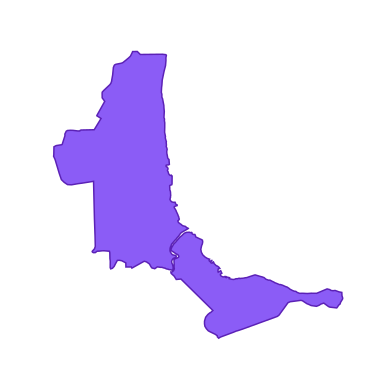 the district of Luganville, Sanma, Vanuatu, rotated 260°
{"feature_id": "77236927B85216783558225", "entity_name": "Luganville", "entity_type": "district", "adm_level": 2, "iso_a3": "VUT", "parent_name": "Vanuatu", "parent_adm1": "Sanma", "projection": "albers", "projection_center": [167.173, -15.521], "detail": "fine", "context": "isolated", "style": "filled", "palette": "violet", "viewbox_px": 384, "rotation_deg": 260, "n_neighbors": 0, "source": "geoboundaries", "source_scale": "gbopen_adm2", "svg_char_len": 5728}
<svg xmlns="http://www.w3.org/2000/svg" viewBox="0 0 384 384"><g transform="rotate(260 192 192)"><path d="M120.0,155.3L119.6,155.8L119.2,157.3L118.5,158.7L118.7,159.4L119.2,159.9L121.3,160.4L124.4,160.2L125.3,159.8L127.2,159.9L128.4,160.5L129.7,161.9L130.0,162.6L130.1,163.2L130.4,164.2L131.0,165.2L131.8,165.3L132.2,165.1L133.1,162.9L133.7,161.8L134.5,161.2L136.6,160.3L137.9,160.1L140.2,160.6L141.4,161.1L142.8,162.1L144.2,162.8L147.4,166.8L147.6,167.0L148.0,167.7L149.8,169.7L150.6,170.8L153.2,173.5L153.9,174.5L154.9,177.2L156.4,181.3L156.7,182.0L157.2,181.7L157.6,180.9L158.1,180.3L158.7,180.0L159.2,179.6L160.4,177.0L161.0,176.4L162.0,175.7L162.5,175.0L163.4,174.3L163.8,173.8L164.3,173.4L164.9,173.2L165.1,173.2L165.4,173.1L166.1,173.1L166.7,174.1L167.0,174.5L167.6,174.8L168.5,174.6L169.9,174.6L170.8,174.3L172.2,174.1L173.7,173.7L175.5,173.2L176.3,173.1L178.1,172.5L179.3,171.9L180.3,171.8L180.9,172.8L181.2,175.0L181.8,175.1L181.9,174.5L182.3,174.4L182.7,174.1L183.5,173.7L183.8,173.8L184.0,173.8L184.5,173.6L184.9,173.5L185.0,172.4L185.2,171.6L185.8,170.4L186.1,170.1L186.8,169.6L187.4,169.3L188.6,169.0L189.0,169.3L189.7,169.4L190.4,169.9L191.1,170.0L192.6,170.5L193.2,170.5L195.6,170.8L196.9,170.8L197.5,170.5L198.1,170.5L198.4,170.6L202.1,171.1L202.5,171.8L202.5,172.3L202.7,173.4L203.7,173.8L211.2,175.2L211.4,174.6L212.2,174.5L212.2,173.3L212.9,172.7L214.0,172.2L215.3,172.0L216.0,172.0L217.2,171.5L217.6,171.6L218.9,172.4L219.6,172.4L220.8,172.0L221.0,171.5L221.3,171.2L221.6,171.0L222.3,171.0L222.9,171.3L222.9,172.7L222.8,173.7L223.1,174.5L228.1,175.0L228.5,174.5L229.7,174.0L233.2,174.0L233.7,173.9L236.0,174.1L237.0,174.4L238.2,174.9L239.4,174.9L241.3,174.5L242.4,174.9L243.8,175.1L245.0,175.1L245.9,175.5L248.4,175.2L250.0,175.1L251.3,175.5L255.6,175.4L260.5,176.4L264.9,177.2L267.0,177.2L268.7,177.6L270.2,177.3L276.1,178.7L279.9,179.0L282.1,179.3L289.1,179.2L290.5,178.8L293.5,179.3L295.5,179.1L300.2,180.2L302.8,181.0L307.3,182.1L315.6,185.4L321.1,187.9L326.1,189.2L328.7,189.6L331.1,190.5L331.8,190.1L332.8,186.8L336.4,165.0L339.9,162.5L340.6,157.9L339.5,157.2L336.4,154.9L334.9,152.6L331.6,146.7L331.3,145.9L331.1,144.5L331.0,139.2L330.6,137.9L330.2,137.4L328.3,136.2L321.1,134.2L315.6,132.2L315.3,132.2L313.2,131.0L312.0,129.8L307.4,122.8L305.9,120.9L304.7,120.6L300.3,119.9L296.4,121.8L284.0,111.7L283.6,111.5L280.2,115.2L270.3,106.5L272.3,93.5L272.1,92.6L271.6,92.1L271.9,90.3L273.4,85.4L273.9,82.9L274.2,80.0L273.7,78.7L271.2,76.9L269.4,76.6L261.6,72.5L261.2,72.0L261.3,66.3L260.5,63.9L252.4,62.3L251.3,61.9L247.8,62.8L233.3,64.5L226.9,65.5L223.7,67.8L220.9,70.7L220.0,74.6L220.0,80.9L219.8,85.7L219.6,96.9L182.8,91.3L165.7,88.9L155.2,87.3L153.0,86.1L150.9,83.4L150.1,83.5L149.4,84.3L149.1,86.3L150.1,88.1L150.1,89.2L149.9,89.9L149.7,93.2L149.4,95.2L148.0,100.4L146.4,100.5L140.5,99.6L138.2,99.5L131.7,98.3L130.4,98.6L130.7,100.4L132.2,102.4L134.5,104.1L137.6,106.6L137.4,108.5L136.5,110.9L133.7,114.5L129.6,113.9L128.7,119.2L127.5,119.6L132.1,132.9L131.1,135.0L128.5,137.6L126.4,138.3L124.4,139.1L123.6,140.4L123.3,141.4L122.9,142.0L124.3,144.9L123.3,147.8L123.0,149.4L122.3,150.6L121.5,152.5L120.8,153.2L120.0,155.3ZM52.7,314.4L53.5,315.3L55.1,316.8L56.0,318.4L57.6,319.2L60.3,321.6L61.3,322.0L63.9,321.7L67.1,322.1L68.1,319.5L70.2,315.8L70.3,313.6L71.1,311.5L71.9,310.9L73.1,308.2L70.6,297.2L71.6,291.8L72.0,288.0L73.1,283.2L73.5,280.4L74.8,278.2L76.1,277.0L76.6,275.4L77.6,273.8L79.4,271.5L80.3,270.8L81.9,269.1L82.5,267.9L83.8,266.0L84.5,265.0L85.0,264.0L85.5,263.0L85.6,262.1L87.3,259.5L88.4,257.6L89.0,257.1L90.3,255.2L91.2,254.1L91.7,253.4L91.9,252.0L93.4,249.5L94.5,248.7L95.2,248.1L96.3,246.2L96.9,244.8L99.3,240.0L99.4,239.2L98.5,232.9L98.3,231.8L98.2,230.9L98.3,229.5L98.3,229.1L98.2,228.5L98.3,226.3L98.5,225.2L98.4,224.2L98.9,223.5L98.7,221.4L99.0,220.3L98.7,219.2L98.6,217.9L99.1,216.1L100.2,213.6L101.1,214.1L102.4,211.1L101.8,210.9L102.0,210.4L102.8,210.7L103.1,209.8L102.8,209.6L102.8,208.8L103.2,207.4L103.7,206.7L104.3,206.0L105.1,205.6L105.8,205.6L106.3,206.0L106.8,207.3L109.5,206.6L108.5,203.9L109.1,203.8L109.7,203.8L111.7,204.5L111.9,206.1L113.3,205.4L114.2,204.6L114.9,203.8L115.1,203.2L117.7,201.3L118.9,201.2L119.5,200.9L119.4,200.4L118.6,199.8L118.5,199.2L118.8,198.6L119.2,198.3L119.7,198.3L121.1,199.5L121.2,199.0L120.2,197.8L120.8,197.2L121.5,197.0L122.2,197.1L122.8,197.6L123.5,196.3L124.2,195.2L125.9,193.4L126.2,193.1L126.7,192.9L127.3,192.3L128.3,191.7L128.9,191.4L129.6,191.3L130.2,191.0L131.1,190.8L132.1,190.7L133.2,190.8L133.7,190.6L137.6,192.2L139.1,193.2L140.0,193.5L141.0,193.9L142.8,193.9L143.9,192.6L144.4,191.7L147.2,187.8L148.8,187.8L149.7,187.4L149.8,186.5L150.1,185.7L150.7,185.0L151.2,184.8L151.6,184.9L152.1,184.8L152.3,184.5L152.3,183.2L153.0,182.1L152.9,181.3L153.2,180.0L153.1,178.9L152.8,177.5L152.0,176.1L150.8,174.4L149.8,172.5L147.3,169.4L146.4,168.3L146.1,167.9L145.7,167.5L143.7,164.7L142.1,163.5L141.1,162.5L139.0,161.3L138.4,161.3L137.3,161.9L136.2,163.3L134.3,165.1L133.6,165.9L132.9,167.0L132.2,167.4L131.2,167.8L130.5,167.8L130.0,167.2L129.7,166.4L129.1,163.5L128.7,162.8L127.8,162.4L124.0,161.9L121.0,161.3L119.6,161.3L118.7,160.9L117.6,160.0L116.7,158.3L116.9,157.3L115.9,157.3L115.4,157.4L112.1,159.9L108.6,161.3L108.2,166.0L71.7,192.0L70.0,189.3L69.9,188.6L68.6,186.3L66.3,183.7L62.7,181.9L59.9,181.4L57.4,181.4L54.9,182.4L52.5,183.9L51.2,185.5L47.9,190.1L46.1,191.9L45.0,191.8L43.4,192.9L44.2,194.9L46.7,208.5L47.5,212.1L47.4,212.4L48.2,217.9L51.4,236.0L54.7,254.6L55.9,256.7L57.0,257.7L61.7,262.6L66.3,267.3L66.9,269.7L66.8,271.2L66.4,280.2L65.9,281.7L62.1,285.7L60.8,287.8L59.5,289.6L57.8,294.8L58.5,297.9L59.2,299.3L59.7,302.5L55.5,306.5L54.7,307.7L52.7,314.4Z" fill="#8b5cf6" stroke="#5b21b6" stroke-width="1.5"/></g></svg>